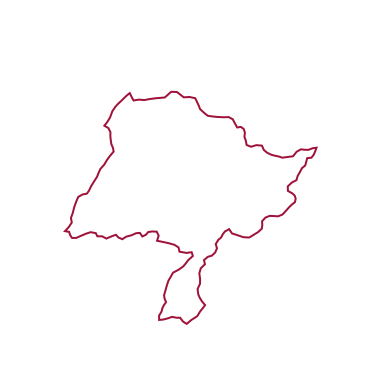 Pratápolis, Minas Gerais, Brazil, rotated 64°
{"feature_id": "56859067B63533923209716", "entity_name": "Pratápolis", "entity_type": "district", "adm_level": 2, "iso_a3": "BRA", "parent_name": "Brazil", "parent_adm1": "Minas Gerais", "projection": "natural_earth1", "projection_center": [-46.849, -20.783], "detail": "fine", "context": "isolated", "style": "outline", "palette": "rose", "viewbox_px": 384, "rotation_deg": 64, "n_neighbors": 0, "source": "geoboundaries", "source_scale": "gbopen_adm2", "svg_char_len": 2557}
<svg xmlns="http://www.w3.org/2000/svg" viewBox="0 0 384 384"><g transform="rotate(64 192 192)"><path d="M75.8,204.6L76.9,209.1L78.7,214.5L80.4,220.0L81.9,223.7L84.5,228.2L89.2,233.1L92.2,237.9L94.0,241.7L97.9,239.1L102.5,239.1L105.8,240.8L109.2,242.1L113.6,243.5L117.7,243.7L121.3,244.7L123.5,249.7L126.1,254.6L129.1,259.2L131.1,264.2L133.7,267.4L136.7,270.7L139.4,275.1L142.5,280.0L145.8,284.2L147.4,287.4L146.2,291.5L146.6,296.5L150.1,300.5L154.0,304.5L158.4,308.2L162.3,312.2L166.7,313.4L169.5,318.1L171.5,323.3L174.0,319.9L177.1,320.4L180.7,320.0L182.5,316.2L182.7,311.2L183.0,305.6L183.7,300.7L186.8,296.5L190.3,296.5L192.5,292.1L196.3,289.4L196.6,283.6L197.1,279.1L200.6,278.1L203.9,275.3L203.3,270.7L204.4,265.2L204.5,260.4L205.9,256.8L210.2,256.1L210.2,252.2L208.8,248.9L210.0,245.1L212.2,241.1L216.6,241.1L220.5,244.8L224.1,240.1L227.7,235.5L231.9,230.8L236.0,228.4L240.2,229.4L244.3,223.7L246.0,218.7L249.9,219.3L251.6,225.4L253.5,229.0L255.1,232.7L256.0,238.3L256.2,244.4L258.7,248.0L261.4,252.1L265.2,255.8L269.5,259.6L272.6,262.4L275.9,263.4L279.6,263.6L281.4,266.9L283.5,269.6L286.2,271.9L288.7,275.8L292.6,277.6L294.0,273.9L295.0,268.9L295.5,264.6L298.2,261.1L299.8,257.8L304.4,256.9L308.2,254.6L306.7,248.5L305.9,241.7L303.0,237.2L301.2,233.4L299.4,229.8L294.5,231.0L290.1,231.4L286.7,231.2L281.6,229.5L278.0,225.0L273.6,222.8L268.3,221.1L264.4,217.5L262.6,212.0L258.5,211.1L257.2,206.2L257.9,202.1L256.5,197.6L253.5,194.2L249.2,193.5L246.6,189.4L245.6,185.7L243.5,182.9L241.9,179.7L241.7,174.9L246.8,174.2L251.2,169.6L255.1,165.7L258.0,160.6L257.5,155.2L257.0,150.1L255.6,145.4L252.9,143.5L249.0,141.8L247.2,137.2L247.5,132.7L249.2,129.5L251.6,125.3L251.9,120.6L250.4,116.6L248.5,112.0L247.2,108.2L246.2,103.9L243.4,101.7L240.2,101.3L237.1,102.5L233.1,105.3L229.0,103.5L227.3,98.3L227.1,92.9L223.8,89.9L221.2,86.0L218.8,82.8L217.8,78.6L214.8,76.0L212.1,73.6L213.5,69.7L211.9,66.3L209.5,63.5L206.8,60.7L205.6,64.1L205.1,69.1L203.3,72.4L201.4,75.4L201.7,80.4L204.2,85.5L202.2,91.4L200.8,95.7L198.1,98.5L195.6,101.7L193.4,104.3L189.7,107.2L185.8,109.0L181.0,108.8L178.1,113.6L177.2,119.1L173.7,122.3L169.3,121.1L165.4,120.7L161.8,118.4L157.9,117.9L154.9,119.6L153.8,123.1L149.8,123.3L144.5,123.5L140.8,126.1L138.7,130.8L135.5,136.6L132.6,141.2L130.3,144.5L125.7,146.6L121.0,148.4L117.7,148.1L113.6,148.0L109.1,148.0L105.5,152.6L103.3,157.9L99.4,159.8L95.5,161.7L92.8,166.8L94.1,171.4L95.1,174.9L93.8,178.5L91.9,183.3L89.9,189.3L88.5,194.5L85.7,199.2L84.1,204.4L80.2,204.6L75.8,204.6Z" fill="none" stroke="#9f1239" stroke-width="2"/></g></svg>